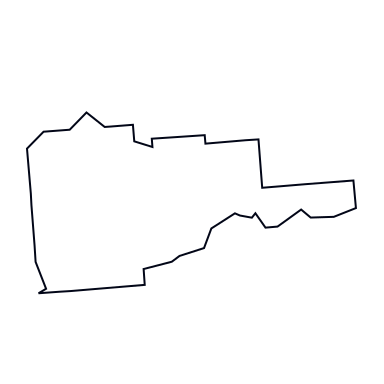 outline of Clayton, Georgia, United States of America, rotated 265°
{"feature_id": "52423323B9974205339901", "entity_name": "Clayton", "entity_type": "district", "adm_level": 2, "iso_a3": "USA", "parent_name": "United States of America", "parent_adm1": "Georgia", "projection": "equal_earth", "projection_center": [-84.36, 33.501], "detail": "fine", "context": "isolated", "style": "outline", "palette": "ink", "viewbox_px": 384, "rotation_deg": 265, "n_neighbors": 0, "source": "geoboundaries", "source_scale": "gbopen_adm2", "svg_char_len": 693}
<svg xmlns="http://www.w3.org/2000/svg" viewBox="0 0 384 384"><g transform="rotate(265 192 192)"><path d="M189.4,353.8L189.9,304.8L190.0,279.4L190.1,262.3L238.6,262.8L238.9,250.1L239.0,209.6L247.5,209.6L248.1,180.0L248.6,156.6L240.3,156.5L247.5,138.9L264.1,139.0L264.3,116.7L264.4,110.7L280.4,93.8L264.7,75.6L265.0,49.4L249.6,31.4L204.3,31.3L192.9,30.9L152.4,30.5L136.0,30.1L108.3,38.2L104.5,30.3L104.2,51.3L103.9,62.7L103.8,89.3L103.6,136.8L119.5,137.1L124.3,165.8L129.4,174.0L135.1,199.1L154.0,208.1L167.0,232.9L164.4,237.7L161.2,249.4L165.3,253.3L150.1,262.1L150.1,274.2L165.0,299.2L156.2,308.0L154.9,331.1L161.7,353.9L189.4,353.8Z" fill="none" stroke="#020617" stroke-width="2"/></g></svg>